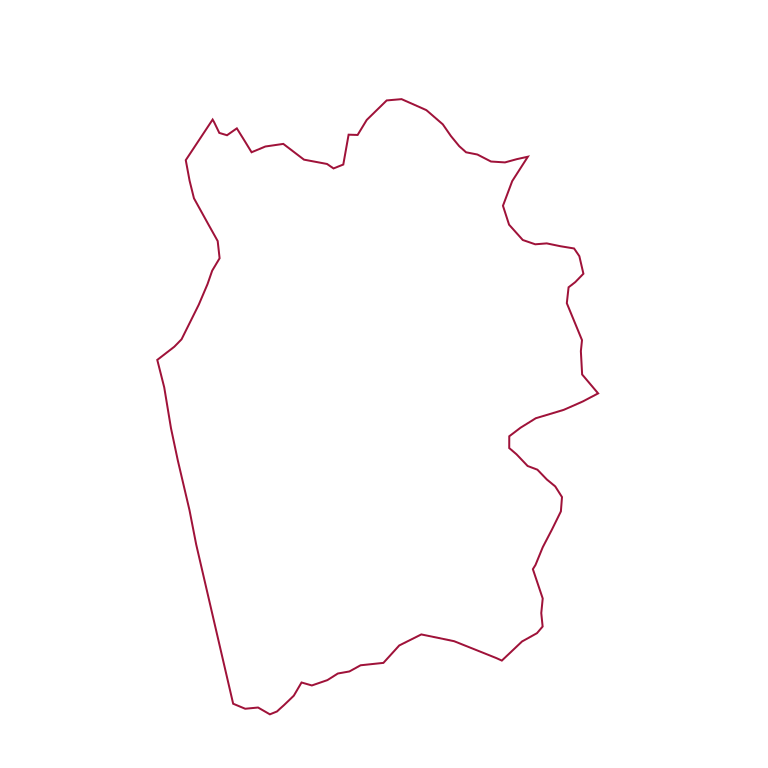 the district of Djerem, Adamaoua, Cameroon, rotated 77°
{"feature_id": "32672807B72380332498823", "entity_name": "Djerem", "entity_type": "district", "adm_level": 2, "iso_a3": "CMR", "parent_name": "Cameroon", "parent_adm1": "Adamaoua", "projection": "orthographic", "projection_center": [12.686, 6.508], "detail": "fine", "context": "isolated", "style": "outline", "palette": "rose", "viewbox_px": 768, "rotation_deg": 77, "n_neighbors": 0, "source": "geoboundaries", "source_scale": "gbopen_adm2", "svg_char_len": 1459}
<svg xmlns="http://www.w3.org/2000/svg" viewBox="0 0 768 768"><g transform="rotate(77 384 384)"><path d="M661.6,602.9L669.2,592.3L670.9,579.5L680.2,569.5L679.0,561.9L677.2,558.8L674.4,553.7L667.4,542.0L656.3,531.5L661.5,522.1L659.8,505.8L655.7,494.1L656.3,482.4L652.8,470.1L655.6,447.3L642.2,428.0L636.4,404.0L650.4,373.5L676.4,336.1L678.7,333.1L680.0,331.4L665.9,307.4L661.2,291.0L656.0,284.0L642.6,282.3L628.7,277.6L597.9,280.6L594.4,277.1L578.7,266.0L563.6,253.1L547.9,240.3L534.2,236.0L522.3,240.2L513.7,246.8L502.0,253.8L496.2,262.5L487.2,267.8L482.3,270.7L474.6,276.4L463.1,273.7L457.3,260.8L451.5,243.8L449.6,214.6L445.7,194.1L441.3,177.5L419.3,188.8L396.3,184.8L385.8,181.2L346.4,187.7L331.3,182.4L327.8,174.8L321.4,164.9L303.4,164.9L294.7,168.3L289.4,181.2L283.6,193.8L281.9,205.2L274.9,216.4L256.9,226.3L237.1,228.0L215.1,213.4L194.9,192.7L194.8,204.0L195.3,216.3L191.3,229.7L183.0,239.5L181.4,241.4L176.7,251.9L169.2,257.2L157.5,263.0L144.2,268.3L126.7,281.1L110.4,302.8L108.3,317.6L122.8,341.4L135.4,353.7L133.1,362.4L161.0,374.3L162.6,384.7L156.8,390.0L147.4,411.5L127.4,428.1L125.9,446.2L128.4,460.9L116.4,464.9L101.8,469.9L106.3,481.0L102.3,488.0L90.8,490.6L87.8,491.5L121.3,526.8L142.2,527.7L160.3,527.4L188.7,519.3L207.3,513.9L224.5,515.9L234.9,525.9L247.0,533.5L265.0,546.6L294.9,571.2L300.5,579.9L309.5,599.5L337.9,598.9L379.1,601.5L411.9,602.1L463.2,601.9L498.1,603.1L661.6,602.9Z" fill="none" stroke="#9f1239" stroke-width="2"/></g></svg>